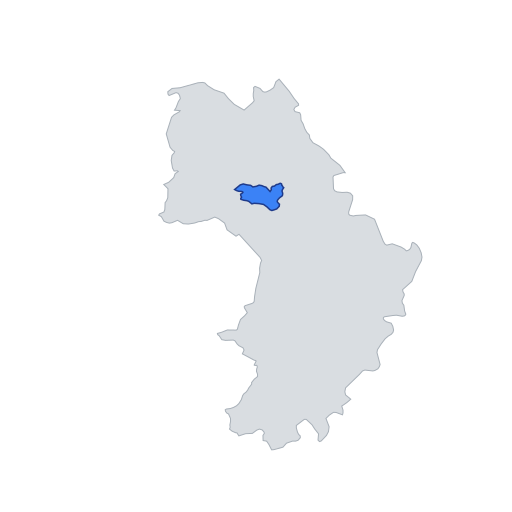 location of Dalaba within Guinea, rotated 48°
{"feature_id": "GIN-5633", "entity_name": "Dalaba", "entity_type": "Prefecture", "adm_level": 1, "iso_a3": "GIN", "parent_name": "Guinea", "parent_adm1": "", "projection": "albers", "projection_center": [-12.181, 10.899], "detail": "fine", "context": "in_parent", "style": "filled", "palette": "blue", "viewbox_px": 512, "rotation_deg": 48, "n_neighbors": 0, "source": "natural_earth", "source_scale": "10m", "svg_char_len": 4796}
<svg xmlns="http://www.w3.org/2000/svg" viewBox="0 0 512 512"><g transform="rotate(48 256 256)"><path d="M308.8,328.9L305.0,328.4L303.3,329.1L298.3,335.1L295.3,337.4L290.6,336.7L288.9,337.1L287.7,336.5L289.4,333.2L291.8,326.8L297.9,320.2L298.0,318.9L295.5,315.1L292.8,310.0L292.8,304.4L292.3,300.4L286.8,299.3L285.8,298.7L285.6,297.3L288.7,290.4L288.9,289.0L288.5,287.7L285.2,284.2L279.9,277.7L270.9,264.3L267.5,261.5L264.3,257.4L263.1,254.8L259.8,253.9L228.5,254.1L227.9,257.6L217.2,260.0L210.5,257.3L203.1,258.9L199.5,260.6L196.8,268.5L195.2,270.1L193.6,273.7L192.1,275.6L190.5,279.4L187.0,284.9L183.3,288.5L177.0,290.4L175.0,296.2L173.6,298.4L171.2,300.0L168.6,301.1L163.4,300.0L160.6,301.0L160.1,299.6L161.7,295.0L160.4,292.6L155.5,287.8L155.1,285.5L153.6,282.5L147.1,276.4L141.1,276.7L142.8,271.6L142.7,264.7L140.7,261.0L141.2,257.2L140.1,257.4L138.1,260.0L134.8,259.2L128.3,255.1L125.0,251.1L124.6,247.8L123.9,246.5L121.9,247.2L117.7,247.1L105.2,241.0L96.4,225.9L96.2,222.6L97.5,216.7L97.2,215.1L93.1,219.0L92.4,216.4L89.3,210.3L88.4,206.9L85.4,205.3L83.0,205.0L81.1,206.1L78.6,213.2L76.8,213.1L74.9,211.6L75.3,206.3L80.2,199.8L88.4,183.3L91.3,179.5L93.2,178.2L97.0,178.0L104.4,175.9L113.6,170.8L120.6,171.2L128.8,170.7L139.6,167.2L139.8,156.0L139.4,153.5L135.6,151.3L133.4,149.3L131.5,146.9L129.2,145.1L129.3,143.2L134.1,140.9L138.4,140.9L139.9,140.0L141.0,138.5L142.2,134.4L142.7,130.2L139.8,124.5L140.0,120.5L155.7,121.1L164.4,122.3L171.4,122.6L172.5,123.5L171.6,127.4L172.4,129.8L174.8,130.4L178.8,127.7L180.9,128.3L185.3,131.7L189.4,132.6L193.9,134.5L198.1,135.5L201.8,135.4L204.6,137.3L209.9,137.9L216.7,135.5L222.0,134.4L229.5,134.1L233.4,134.9L244.8,133.0L253.8,134.0L252.4,135.4L248.3,144.3L248.8,145.9L257.9,153.4L260.1,153.9L262.6,152.9L266.5,149.4L269.6,145.6L272.5,143.8L276.0,143.9L278.8,146.5L285.3,157.7L287.0,159.1L288.5,159.0L291.4,156.9L292.8,154.5L298.8,147.1L308.0,143.3L330.2,151.6L333.5,152.2L335.4,151.6L338.1,146.6L346.4,142.2L350.4,141.0L352.7,140.9L353.5,139.5L353.9,137.4L353.4,135.3L350.8,131.6L350.7,130.5L352.2,129.7L355.4,129.1L359.5,129.5L364.1,131.1L367.9,133.4L370.1,136.2L374.4,147.9L379.1,157.2L379.1,169.6L381.1,170.8L383.4,171.3L384.5,172.3L386.8,177.4L389.0,178.8L391.5,179.1L396.4,182.4L399.5,183.6L399.9,184.6L399.8,185.9L398.6,187.7L394.0,191.2L391.8,194.1L387.1,201.2L387.0,202.5L388.0,203.5L390.0,203.6L392.1,203.1L396.4,200.5L399.8,201.4L403.1,203.3L404.4,205.3L404.7,208.0L404.0,211.4L403.9,215.3L405.1,221.8L406.9,228.4L408.7,230.7L419.7,236.4L420.8,238.5L421.4,240.9L420.6,244.3L419.6,246.1L413.6,251.4L412.7,253.8L413.2,258.4L413.9,277.6L416.3,280.8L419.2,282.4L425.8,281.4L425.7,286.7L424.9,292.7L428.8,294.5L430.8,296.3L431.9,298.0L425.8,301.2L424.0,303.1L423.3,308.1L423.5,312.7L431.8,315.9L435.0,319.7L436.5,323.7L437.1,331.3L436.4,333.0L434.3,333.1L430.0,328.5L423.7,328.1L418.9,327.3L411.0,328.0L409.7,329.4L408.9,339.4L410.8,341.1L414.6,343.0L417.1,343.7L419.2,343.5L420.7,344.7L421.1,348.0L420.1,350.4L418.0,352.7L415.5,358.6L416.1,363.9L411.8,372.4L410.5,374.1L404.6,372.5L400.7,372.0L397.9,374.2L394.0,370.9L393.3,368.3L391.9,367.8L389.3,367.8L386.9,369.3L385.9,372.0L385.4,377.4L381.1,382.6L378.2,389.1L374.6,388.5L373.9,389.3L370.1,391.0L366.9,391.5L366.0,389.8L364.1,388.5L362.0,385.7L359.6,383.6L355.0,382.1L353.2,382.8L351.1,382.6L349.7,381.8L349.9,380.4L352.2,377.1L353.5,374.0L354.3,370.6L354.2,367.4L352.9,362.9L350.8,359.3L350.3,357.3L350.5,354.3L350.0,351.6L349.3,350.1L348.3,344.9L347.1,344.0L346.4,339.8L346.6,335.5L344.8,333.9L342.0,332.8L340.4,331.1L339.4,329.3L338.3,328.7L337.5,328.8L336.7,330.0L335.8,330.3L334.2,326.3L333.5,326.1L332.4,327.0L319.6,331.6L317.9,327.8L315.5,327.1L311.3,328.7L308.8,328.9Z" fill="#d9dde1" stroke="#a8b0b8" stroke-width="1"/><path d="M223.8,189.7L224.3,191.7L224.7,192.6L225.2,193.2L225.7,193.5L226.2,193.7L226.9,194.0L227.6,194.5L228.4,195.4L228.8,196.1L228.8,196.9L228.6,198.5L228.5,199.5L228.6,200.6L228.8,202.3L229.2,203.1L229.6,203.7L230.1,203.9L230.6,204.0L232.7,204.0L233.2,203.9L234.6,205.5L234.9,209.1L233.9,211.5L232.8,213.8L230.9,214.7L226.7,215.0L222.7,215.9L219.2,218.6L215.6,222.1L214.5,224.2L210.6,224.8L208.9,225.7L206.5,227.7L203.8,229.3L203.2,229.0L202.9,228.6L202.8,227.6L202.5,227.3L202.0,227.2L201.0,226.9L200.7,226.7L200.1,226.4L199.8,226.0L199.8,225.5L200.1,224.5L200.0,223.2L199.6,223.0L199.4,223.0L199.0,223.1L198.5,223.4L196.1,225.7L194.3,226.7L192.3,227.4L192.6,220.2L193.9,217.3L197.1,215.1L199.9,212.7L202.6,212.1L204.5,209.0L205.4,206.3L207.6,204.6L209.8,203.6L211.5,202.5L217.5,202.4L217.0,200.3L215.6,199.3L215.2,197.3L216.4,195.5L216.5,193.1L217.5,191.6L218.1,189.4L219.0,188.9L219.6,188.8L219.9,188.9L220.4,189.4L220.7,189.5L221.0,189.5L221.4,189.5L221.7,189.5L222.6,189.8L223.8,189.7Z" fill="#3b82f6" stroke="#1e3a8a" stroke-width="1.5"/></g></svg>